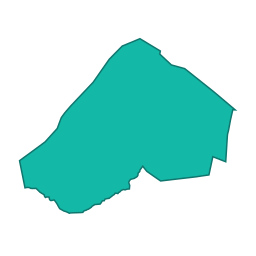 San Pedro Nopala, Oaxaca, Mexico (Mercator projection), rotated 5°
{"feature_id": "50627088B60973243013537", "entity_name": "San Pedro Nopala", "entity_type": "district", "adm_level": 2, "iso_a3": "MEX", "parent_name": "Mexico", "parent_adm1": "Oaxaca", "projection": "mercator", "projection_center": [-97.588, 17.813], "detail": "fine", "context": "isolated", "style": "filled", "palette": "teal", "viewbox_px": 256, "rotation_deg": 5, "n_neighbors": 0, "source": "geoboundaries", "source_scale": "gbopen_adm2", "svg_char_len": 1647}
<svg xmlns="http://www.w3.org/2000/svg" viewBox="0 0 256 256"><g transform="rotate(5 128 128)"><path d="M121.0,43.8L115.3,46.8L115.2,46.8L107.3,56.3L103.3,61.2L89.3,85.5L68.9,111.2L63.6,118.6L60.7,123.4L59.3,128.3L57.6,134.6L46.6,149.1L33.7,160.5L22.8,170.0L30.6,196.6L32.7,196.0L34.2,195.9L35.3,196.1L36.3,196.6L38.2,196.6L39.6,196.4L41.8,196.2L42.6,196.9L45.9,199.6L47.6,200.5L50.3,201.8L50.5,202.7L51.1,203.7L51.8,204.4L53.0,203.8L55.3,203.7L55.7,204.8L56.0,205.8L56.5,206.5L57.4,207.0L58.5,206.8L60.7,206.1L62.0,207.5L62.9,208.5L63.7,209.6L64.3,210.3L65.1,211.6L66.2,213.2L67.0,214.3L71.4,216.3L73.0,216.6L75.5,217.4L76.9,218.0L77.8,217.7L78.9,217.5L88.0,216.4L89.3,216.2L90.4,216.0L90.8,215.2L91.7,214.2L93.4,213.6L94.3,212.9L95.7,212.3L97.2,211.1L98.4,210.1L99.1,209.0L100.3,208.2L101.4,207.3L101.4,207.2L106.9,206.2L107.6,205.1L108.8,202.8L110.7,202.5L111.3,200.8L113.9,200.0L115.3,199.7L119.4,195.9L120.2,195.4L120.8,194.1L122.4,194.0L123.6,194.2L124.4,193.0L125.3,192.5L126.8,190.7L129.0,189.6L130.4,189.9L132.4,189.0L134.7,188.6L134.7,185.0L134.0,183.5L133.5,182.4L133.7,181.3L134.2,180.2L135.1,178.9L136.5,178.4L138.5,177.7L140.1,176.6L141.3,175.6L141.9,174.5L142.1,171.8L142.9,171.1L143.5,170.2L143.6,168.8L146.0,164.8L150.5,169.5L159.1,174.5L165.1,177.9L173.4,176.2L173.5,176.2L173.8,176.1L190.8,172.6L195.2,171.7L201.4,170.4L201.6,170.3L203.8,169.8L204.2,169.7L204.5,169.6L212.7,167.7L215.0,149.2L228.3,153.1L227.7,128.7L227.7,125.6L228.4,121.1L229.4,110.9L230.8,100.7L233.2,100.6L210.5,84.6L179.3,63.9L165.7,61.4L153.2,51.6L153.5,48.5L148.4,46.0L132.1,38.0L121.0,43.8Z" fill="#14b8a6" stroke="#0f766e" stroke-width="1.5"/></g></svg>